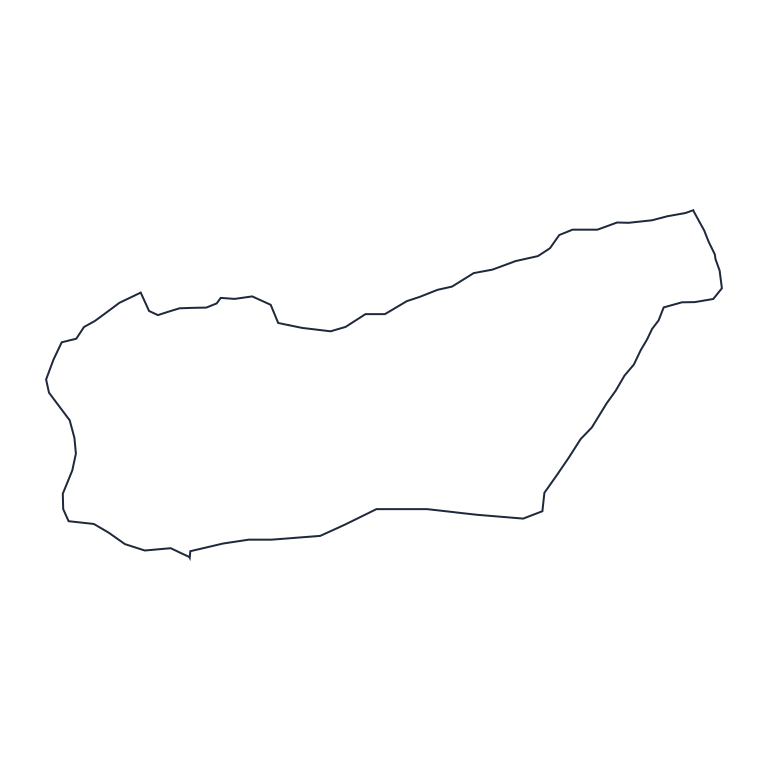 outline of Arsos Larnakas, Cyprus, rotated 90°
{"feature_id": "46923920B32733260957571", "entity_name": "Arsos Larnakas", "entity_type": "district", "adm_level": 2, "iso_a3": "CYP", "parent_name": "Cyprus", "parent_adm1": "", "projection": "natural_earth1", "projection_center": [33.634, 35.079], "detail": "fine", "context": "isolated", "style": "outline", "palette": "slate", "viewbox_px": 768, "rotation_deg": 90, "n_neighbors": 0, "source": "geoboundaries", "source_scale": "gbopen_adm2", "svg_char_len": 1518}
<svg xmlns="http://www.w3.org/2000/svg" viewBox="0 0 768 768"><g transform="rotate(90 384 384)"><path d="M210.2,74.7L213.0,82.5L216.2,100.4L220.3,116.1L222.8,139.4L222.5,150.9L229.7,170.7L229.7,195.6L235.0,208.7L248.2,218.0L256.1,230.1L261.1,252.5L269.6,275.5L273.1,294.3L286.6,316.0L289.8,330.4L297.0,348.6L301.1,361.1L314.1,383.0L314.1,402.5L326.9,422.4L331.3,437.4L327.9,465.9L323.0,489.8L304.8,497.3L296.4,515.8L298.9,533.3L297.9,547.3L303.4,551.3L307.6,561.7L307.8,573.8L308.3,588.5L311.9,600.2L315.1,610.1L311.0,618.9L310.4,619.2L300.7,623.6L292.6,627.3L296.8,636.0L302.8,648.6L311.7,660.5L320.9,673.0L327.0,684.0L338.7,691.7L342.3,706.3L359.8,714.6L379.5,721.9L392.7,719.0L407.8,707.7L420.3,698.3L437.8,693.6L453.6,692.1L470.4,695.7L493.7,705.2L509.1,704.8L517.2,701.2L521.2,699.4L523.6,677.4L524.0,674.1L532.8,659.1L544.1,643.1L550.5,623.2L548.2,597.3L554.0,585.1L555.2,582.5L556.6,579.5L556.9,578.8L557.8,578.3L551.2,577.7L548.3,565.3L545.6,553.8L543.5,544.8L541.8,533.5L539.7,519.5L539.7,497.1L539.6,495.6L535.9,448.1L535.9,447.8L524.4,422.6L509.1,391.5L509.1,353.1L509.1,341.1L511.8,317.2L512.9,307.9L514.8,290.7L518.6,244.8L511.2,225.6L492.8,223.6L474.2,210.5L457.9,199.4L439.0,187.3L427.5,176.2L403.4,161.4L390.7,152.3L375.6,143.5L364.5,134.1L350.2,127.3L339.4,120.9L328.9,115.9L320.4,109.4L307.4,104.3L302.3,86.0L302.1,73.2L299.0,54.8L296.6,52.8L293.7,50.5L288.3,46.1L270.5,48.4L259.2,52.5L254.3,53.2L241.9,59.3L230.5,63.8L211.2,74.4L210.2,74.7Z" fill="none" stroke="#1e293b" stroke-width="2"/></g></svg>